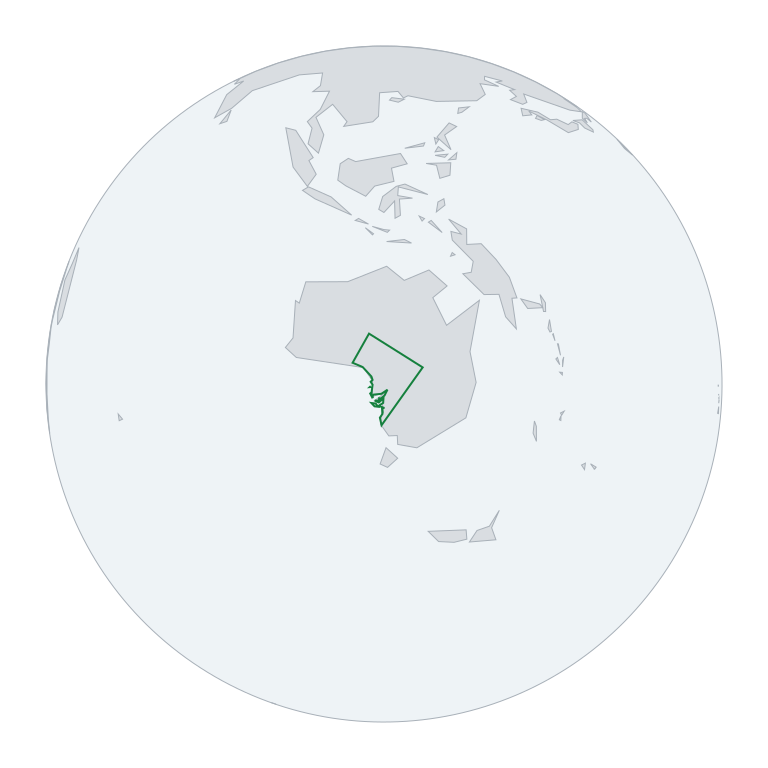 globe centered on South Australia, rotated 33°
{"feature_id": "AUS-2655", "entity_name": "South Australia", "entity_type": "State", "adm_level": 1, "iso_a3": "AUS", "parent_name": "Australia", "parent_adm1": "", "projection": "orthographic", "projection_center": [136.572, -32.035], "detail": "coarse", "context": "on_globe", "style": "outline", "palette": "green", "viewbox_px": 768, "rotation_deg": 33, "n_neighbors": 0, "source": "natural_earth", "source_scale": "10m", "svg_char_len": 5685}
<svg xmlns="http://www.w3.org/2000/svg" viewBox="0 0 768 768"><g transform="rotate(33 384 384)"><circle cx="384" cy="384" r="338" fill="#eef3f6" stroke="#a8b0b8"/><path d="M607.2,338.2L607.1,340.7L606.7,340.8L607.2,338.2ZM679.8,226.9L677.0,220.6L680.6,226.7L679.8,226.9ZM674.0,215.4L675.2,217.8L673.9,215.5L674.0,215.4ZM672.2,212.8L673.5,214.7L672.2,213.1L672.2,212.8ZM670.0,210.1L671.1,211.3L670.0,210.1ZM665.8,204.2L664.6,202.6L665.3,203.1L665.8,204.2ZM462.9,712.6L463.8,712.4L467.9,711.3L462.9,712.6ZM467.5,56.6L467.9,56.7L457.5,55.5L446.0,51.8L467.5,56.6ZM395.1,46.3L379.1,46.7L395.5,47.0L401.3,48.2L390.7,53.1L343.2,64.7L350.5,70.0L348.0,73.9L335.2,76.6L338.4,70.7L329.4,69.2L333.2,66.0L313.6,69.7L318.2,65.4L300.8,71.2L302.6,74.2L318.1,71.9L301.0,79.8L311.2,86.0L307.5,95.9L274.0,118.5L247.1,129.2L244.5,133.5L236.4,131.0L221.7,142.1L233.6,162.5L231.8,170.2L209.9,189.9L210.1,184.1L188.6,177.4L181.7,197.4L197.8,207.8L203.3,226.1L189.5,223.9L184.3,208.6L176.8,205.7L181.0,188.4L178.8,168.1L165.1,177.6L168.2,168.4L163.1,156.6L144.6,170.9L113.8,209.7L106.1,235.7L97.0,253.0L94.5,227.0L101.3,206.3L95.3,214.1L96.9,206.2L93.1,212.0L106.1,191.7L120.5,172.4L136.3,154.2L153.3,137.1L171.5,121.3L190.7,106.8L211.0,93.7L232.1,82.2L254.0,72.1L276.5,63.6L299.6,56.8L323.2,51.6L347.0,48.1L371.0,46.3L395.1,46.3ZM53.1,452.6L53.9,456.2L61.4,482.9L72.7,515.4L81.4,532.6L88.6,547.4L95.4,558.3L106.7,575.8L121.9,596.7L130.6,607.5L114.7,588.2L100.4,567.7L87.6,546.2L76.4,523.8L66.9,500.7L59.1,476.9L53.1,452.6ZM177.4,553.9L183.9,555.9L181.9,559.0L177.4,553.9ZM58.7,447.5L77.6,503.3L78.0,512.2L71.3,501.2L59.7,470.4L57.0,452.8L53.9,435.7L58.7,447.5ZM283.2,263.1L293.4,263.7L293.1,265.2L283.2,263.1ZM272.5,259.0L283.9,258.3L270.8,262.5L272.5,259.0ZM288.3,258.2L299.9,254.5L304.9,251.9L304.2,255.0L288.3,258.2ZM264.9,260.0L225.3,266.3L210.2,266.0L213.3,259.8L237.8,255.9L264.9,260.0ZM212.1,260.0L189.6,251.6L162.1,222.6L171.8,219.3L201.3,232.7L199.3,237.5L212.9,245.0L212.1,260.0ZM268.4,223.1L266.4,236.5L244.1,238.6L234.2,238.2L227.3,223.1L231.2,214.2L239.1,212.9L272.3,181.7L283.5,186.7L272.7,198.9L282.0,208.6L268.4,223.1ZM106.6,237.4L109.2,249.3L104.6,255.1L106.6,237.4ZM287.5,162.9L273.0,175.0L286.8,159.5L287.5,162.9ZM296.8,149.4L296.8,154.5L292.0,149.9L296.8,149.4ZM242.5,139.9L234.0,142.9L234.6,139.6L245.9,134.1L242.5,139.9ZM304.5,105.1L301.3,113.7L298.5,116.9L296.2,111.9L304.5,105.1ZM532.3,461.6L538.0,469.0L529.0,478.6L515.6,486.4L501.3,483.5L532.3,461.6ZM424.3,453.2L420.4,436.3L435.9,438.8L432.4,452.0L424.3,453.2ZM541.8,456.2L549.8,445.9L549.5,427.1L552.5,445.9L562.7,453.7L541.7,470.0L541.8,456.2ZM357.7,381.5L296.0,409.5L281.4,407.1L282.6,394.9L264.3,362.2L268.9,362.3L262.8,340.9L297.8,318.0L322.1,283.8L344.5,286.1L359.6,263.9L383.5,267.4L377.9,285.0L404.5,300.7L418.4,261.8L438.5,310.0L460.4,332.5L471.1,367.8L446.3,419.6L428.4,427.2L423.2,420.0L416.3,424.9L402.9,419.6L392.0,397.9L385.2,403.0L390.1,389.1L381.2,400.8L372.6,387.6L357.7,381.5ZM530.3,333.1L534.8,336.5L543.1,349.1L535.8,344.0L530.3,333.1ZM596.0,340.7L598.8,346.6L593.8,344.4L596.0,340.7ZM606.7,340.8L600.7,338.4L607.2,338.2L606.7,340.8ZM549.7,314.1L552.2,318.3L550.5,318.5L549.7,314.1ZM547.8,312.2L549.9,308.6L550.0,313.4L547.8,312.2ZM524.9,278.4L527.3,277.1L528.6,279.3L524.9,278.4ZM308.6,263.1L322.4,251.7L330.3,250.8L308.6,263.1ZM520.9,272.1L514.5,269.4L515.0,267.3L520.9,272.1ZM520.9,266.9L520.0,263.4L524.5,272.5L520.9,266.9ZM508.4,255.4L516.4,263.8L507.6,255.8L508.4,255.4ZM503.9,254.6L498.3,250.4L498.6,249.6L503.9,254.6ZM444.6,242.4L465.0,265.7L449.4,261.4L431.6,246.2L419.2,254.5L390.1,248.6L396.3,242.8L392.0,232.5L362.9,226.1L357.0,219.6L367.1,216.2L348.4,210.5L368.8,208.9L377.4,221.9L389.1,213.4L410.1,218.5L431.0,226.2L448.6,239.4L444.6,242.4ZM369.6,236.6L373.2,236.9L370.2,240.6L369.6,236.6ZM487.7,239.8L495.8,248.7L494.9,250.0L491.1,247.8L487.7,239.8ZM452.4,238.1L471.0,232.1L475.6,233.5L463.4,242.4L452.4,238.1ZM466.2,224.0L475.1,227.9L480.1,235.2L478.3,236.3L466.2,224.0ZM327.9,223.2L327.2,226.6L322.0,224.0L327.9,223.2ZM334.5,221.1L350.3,225.3L333.1,224.1L334.5,221.1ZM288.7,210.9L292.9,218.5L306.7,212.6L296.2,220.5L305.9,233.6L303.0,239.0L293.2,224.7L290.5,240.2L284.5,240.4L280.8,227.5L286.6,211.6L292.7,204.9L317.6,201.2L288.7,210.9ZM334.2,211.2L330.1,202.0L333.3,196.0L337.7,200.8L334.2,211.2ZM318.8,181.1L308.9,171.9L299.2,176.1L319.5,162.1L325.6,173.0L318.8,181.1ZM311.5,160.8L302.3,164.4L312.3,156.5L311.5,160.8ZM300.4,161.5L300.2,155.3L307.0,155.7L300.4,161.5ZM316.1,160.9L319.1,150.3L321.9,156.3L316.1,160.9ZM299.2,142.2L312.6,151.0L293.9,148.1L296.4,129.6L304.7,128.5L299.2,142.2ZM366.4,78.7L366.2,75.4L374.6,74.9L372.3,77.3L366.4,78.7ZM401.7,72.8L376.8,73.8L356.7,76.2L361.4,77.8L354.3,83.5L348.8,78.1L365.0,72.2L379.7,71.7L384.7,67.8L397.2,66.1L398.8,61.8L405.2,60.6L408.3,64.7L401.7,72.8ZM398.9,60.1L406.3,54.5L420.7,57.0L422.4,58.7L412.9,60.0L405.8,58.5L398.9,60.1ZM412.3,54.2L405.5,53.0L402.0,47.6L404.9,47.3L415.2,51.4L409.3,50.7L407.6,52.0L412.3,54.2Z" fill="#d9dde1" stroke="#a8b0b8" stroke-width="1"/><path d="M372.2,386.8L369.4,384.6L356.9,381.4L346.1,383.3L344.0,349.9L407.4,349.0L404.4,419.9L398.9,414.5L399.0,409.8L395.2,405.0L398.7,408.9L395.8,405.2L397.4,403.9L391.4,405.2L393.6,400.3L391.4,396.4L389.7,402.3L385.3,403.0L388.2,401.0L390.7,393.4L390.0,386.9L387.2,393.6L380.9,398.7L381.1,401.5L376.9,399.1L378.8,399.2L374.8,390.8L371.6,389.4L372.2,386.8ZM391.4,406.3L388.2,407.9L383.8,406.8L387.7,404.9L391.4,406.3ZM381.8,401.2L382.2,401.9L381.6,401.2L381.8,401.2ZM369.3,385.5L369.1,385.5L369.6,385.4L369.3,385.5ZM373.8,394.0L374.1,394.1L373.7,394.4L373.8,394.0ZM387.7,398.6L387.9,398.5L387.8,398.8L387.7,398.6Z" fill="none" stroke="#15803d" stroke-width="2"/></g></svg>